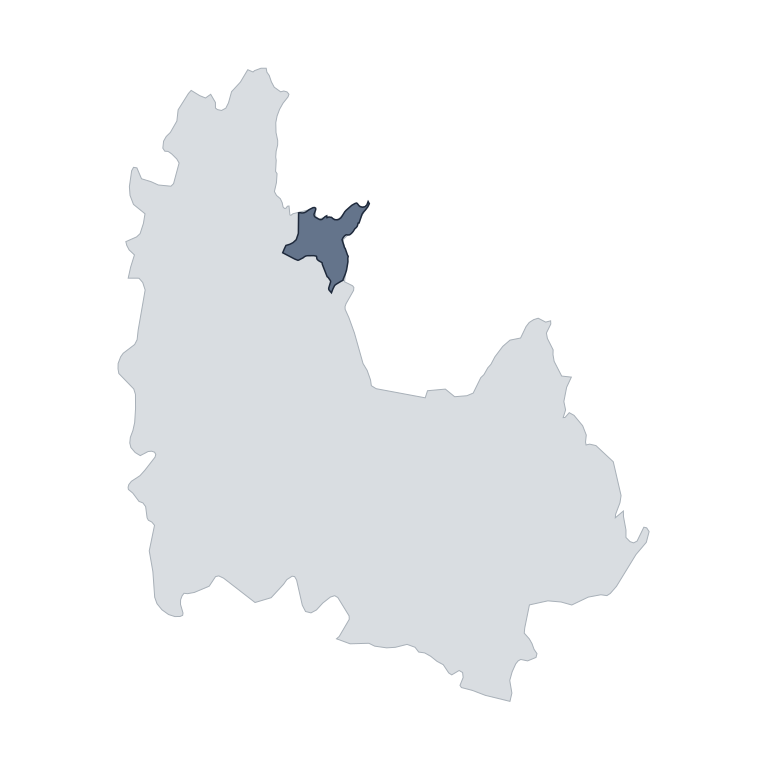 Guéckédou on a map of Guinea (Equal Earth projection), rotated 191°
{"feature_id": "GIN-5640", "entity_name": "Guéckédou", "entity_type": "Prefecture", "adm_level": 1, "iso_a3": "GIN", "parent_name": "Guinea", "parent_adm1": "", "projection": "equal_earth", "projection_center": [-10.351, 8.727], "detail": "fine", "context": "in_parent", "style": "filled", "palette": "slate", "viewbox_px": 768, "rotation_deg": 191, "n_neighbors": 0, "source": "natural_earth", "source_scale": "10m", "svg_char_len": 5328}
<svg xmlns="http://www.w3.org/2000/svg" viewBox="0 0 768 768"><g transform="rotate(191 384 384)"><path d="M468.3,537.3L462.3,536.3L459.6,537.8L451.6,550.3L446.8,555.2L439.3,553.7L436.6,554.6L434.7,553.2L437.4,546.3L441.2,532.6L451.1,518.9L451.3,516.0L447.3,507.9L443.0,497.0L443.0,485.2L442.2,476.8L433.5,474.4L432.0,473.0L431.7,470.1L436.6,455.5L437.0,452.5L436.4,449.9L431.1,442.4L422.8,428.5L408.5,400.1L403.1,394.1L398.0,385.4L396.1,379.9L390.8,377.9L340.9,378.3L340.0,385.7L322.8,390.7L312.2,385.0L300.4,388.3L294.7,392.1L290.2,408.7L287.7,412.2L285.2,419.7L282.8,423.7L280.3,431.9L274.6,443.6L268.7,451.1L258.7,455.2L255.5,467.5L253.2,472.1L249.4,475.7L245.2,478.0L237.1,475.6L232.5,477.8L231.7,474.7L234.3,465.0L232.3,459.9L224.5,449.8L223.7,445.0L221.3,438.7L211.1,425.7L201.4,426.5L204.1,415.6L204.1,401.1L200.8,393.2L201.7,385.2L199.9,385.7L196.7,391.2L191.5,389.5L181.0,380.9L175.7,372.5L175.1,365.4L174.0,362.7L170.7,364.2L164.2,364.0L144.1,351.4L130.0,319.7L129.7,312.5L131.8,300.2L131.4,296.8L124.8,305.0L123.6,299.5L118.6,286.8L117.2,279.5L112.4,276.2L108.6,275.7L105.6,278.1L101.6,293.0L98.7,292.9L95.6,289.7L96.3,278.6L104.1,264.7L117.2,229.7L121.9,221.6L124.8,218.8L130.9,218.5L142.8,213.8L157.5,202.9L168.6,203.8L181.8,202.4L199.1,194.9L199.3,171.4L198.8,166.2L192.7,161.5L189.2,157.4L186.1,152.2L182.4,148.5L182.6,144.6L190.2,139.6L197.2,139.7L199.5,137.8L201.3,134.4L203.3,125.9L204.0,117.0L199.5,105.0L199.8,96.5L225.0,97.7L238.8,100.1L250.1,100.8L251.9,102.7L250.3,111.0L251.8,115.8L255.6,117.1L262.0,111.4L265.3,112.7L272.3,119.8L278.9,121.8L286.1,125.6L292.8,127.8L298.8,127.5L303.3,131.5L311.7,132.8L322.6,127.7L331.1,125.5L343.1,124.9L349.4,126.6L367.7,122.5L382.0,124.8L379.8,127.6L373.2,146.4L374.0,149.7L388.6,165.6L392.0,166.8L396.0,164.6L402.3,157.3L407.2,149.3L412.0,145.4L417.6,145.7L422.0,151.3L432.4,174.9L435.0,177.9L437.5,177.8L442.1,173.4L444.4,168.2L454.0,152.7L468.9,144.9L504.4,162.8L509.6,164.1L512.6,162.8L517.0,152.2L530.4,143.2L536.8,140.7L540.4,140.4L541.8,137.5L542.5,133.3L541.7,128.8L537.6,120.8L537.5,118.5L539.8,116.9L544.9,115.8L551.5,116.6L558.9,120.0L564.9,125.0L568.4,130.9L575.1,155.8L582.6,175.4L582.3,201.5L585.6,204.2L589.3,205.3L591.0,207.4L594.6,218.2L598.0,221.3L602.1,222.0L609.8,229.0L614.8,231.7L615.5,233.8L615.3,236.6L613.4,240.3L606.0,247.5L602.3,253.7L594.8,268.5L594.6,271.3L596.2,273.3L599.3,273.7L602.7,272.7L609.6,267.2L615.1,269.2L620.3,273.3L622.3,277.6L622.8,283.2L621.6,290.5L621.4,298.7L623.2,312.5L626.0,326.4L628.7,331.4L646.3,343.7L648.0,348.2L648.9,353.4L647.7,360.4L645.9,364.4L636.3,375.2L634.8,380.4L635.6,390.0L636.4,430.7L640.2,437.6L644.7,441.1L655.3,439.1L655.0,450.4L653.6,463.1L659.8,467.0L662.9,470.9L664.6,474.5L654.9,481.2L652.1,485.1L650.8,495.7L651.1,505.5L664.2,512.5L669.3,520.7L671.6,529.2L672.4,545.2L671.2,548.9L667.8,549.0L661.2,539.2L651.0,538.1L643.5,536.3L630.9,537.5L628.8,540.5L627.3,561.8L630.4,565.4L636.4,569.4L640.3,571.1L643.6,570.7L646.1,573.3L646.7,580.3L645.0,585.4L641.7,590.2L637.5,602.6L638.4,613.9L631.4,631.9L629.3,635.4L619.9,631.9L613.8,630.7L609.4,635.3L603.2,628.2L602.1,622.7L599.9,621.6L595.7,621.5L591.9,624.6L590.3,630.3L589.4,641.9L582.6,652.9L577.7,666.5L572.1,665.3L570.9,666.9L565.0,670.5L559.9,671.5L558.5,667.8L555.5,664.9L552.2,659.1L548.4,654.4L541.2,651.1L538.3,652.5L534.9,652.2L532.6,650.3L533.0,647.5L536.7,640.4L538.9,633.8L540.1,626.7L540.1,619.9L538.0,610.3L534.8,602.7L534.0,598.3L534.3,592.0L533.6,586.1L532.5,583.1L531.0,572.0L529.1,570.0L528.0,561.1L528.3,552.0L525.5,548.6L521.1,546.1L518.5,542.5L516.9,538.6L515.3,537.4L513.9,537.7L512.7,540.1L511.2,540.6L508.7,532.1L507.6,531.8L505.8,533.8L485.5,543.2L482.9,535.2L479.0,533.7L472.2,537.0L468.3,537.3Z" fill="#d9dde1" stroke="#a8b0b8" stroke-width="1"/><path d="M444.1,478.6L444.0,478.0L445.7,476.7L450.0,472.8L451.2,471.4L451.4,470.8L452.3,467.5L453.0,463.5L455.8,465.7L456.3,466.4L456.6,467.5L455.9,474.0L456.0,474.7L456.3,475.2L459.2,478.0L460.3,478.5L467.4,489.7L467.6,490.3L467.7,490.8L467.9,491.2L468.6,491.5L471.8,492.6L473.0,493.3L473.8,494.1L474.5,496.2L474.7,496.5L475.7,496.6L477.4,496.6L483.7,495.3L485.0,494.8L486.1,494.0L486.6,493.5L487.3,492.6L491.3,489.4L492.1,489.0L495.4,489.6L508.5,493.5L507.6,497.8L506.7,501.3L503.1,503.2L500.3,505.4L497.7,508.9L496.8,515.5L500.5,535.7L499.4,536.1L499.0,536.2L497.5,536.2L496.1,536.5L494.9,537.0L493.6,537.9L490.5,541.1L487.3,543.6L485.7,544.0L484.6,543.5L484.3,542.1L485.1,537.2L484.5,535.6L483.4,534.7L478.9,533.2L477.6,533.2L476.3,533.7L473.6,537.2L472.3,538.2L471.7,536.4L470.1,537.3L469.2,537.5L468.4,537.4L467.5,537.6L466.8,537.3L466.2,536.8L464.0,535.9L463.5,535.9L461.1,536.3L459.9,536.9L459.0,537.8L458.0,538.9L457.3,540.4L455.4,545.5L454.4,547.2L449.8,553.2L447.0,555.6L445.6,556.4L444.8,556.2L442.5,554.2L441.4,553.6L438.8,553.4L436.5,554.4L435.0,556.6L434.4,560.1L432.8,558.2L433.7,554.8L435.5,551.2L436.9,549.0L438.0,546.4L439.2,537.3L440.0,537.2L440.2,536.3L440.2,535.1L440.4,533.7L441.0,532.4L442.2,530.9L443.4,527.8L444.7,525.6L446.2,523.9L447.8,523.4L449.6,523.3L451.0,521.9L452.1,519.8L452.7,517.6L449.4,511.5L448.9,510.5L447.8,509.4L444.5,503.7L444.3,503.4L443.8,502.9L443.5,502.5L443.5,502.1L443.5,501.0L443.5,500.5L442.8,497.5L442.7,496.5L442.5,488.8L442.9,485.1L444.1,478.9L444.1,478.6Z" fill="#64748b" stroke="#1e293b" stroke-width="1.5"/></g></svg>